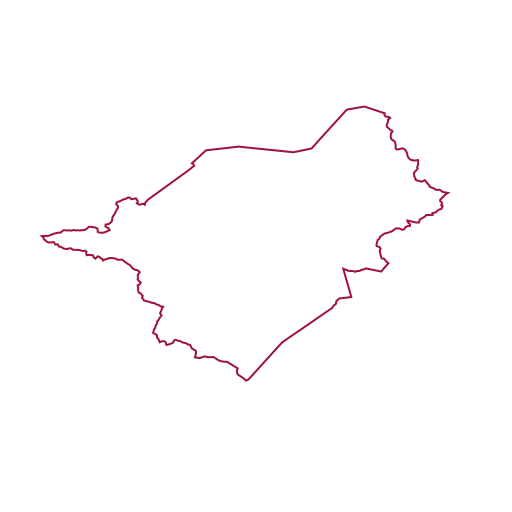 Serra Talhada, Pernambuco, Brazil, rotated 75°
{"feature_id": "56859067B63489137036469", "entity_name": "Serra Talhada", "entity_type": "district", "adm_level": 2, "iso_a3": "BRA", "parent_name": "Brazil", "parent_adm1": "Pernambuco", "projection": "equal_earth", "projection_center": [-38.379, -8.059], "detail": "fine", "context": "isolated", "style": "outline", "palette": "rose", "viewbox_px": 512, "rotation_deg": 75, "n_neighbors": 0, "source": "geoboundaries", "source_scale": "gbopen_adm2", "svg_char_len": 4296}
<svg xmlns="http://www.w3.org/2000/svg" viewBox="0 0 512 512"><g transform="rotate(75 256 256)"><path d="M205.3,74.7L204.8,78.4L203.3,81.4L202.3,82.4L200.7,83.2L199.4,83.6L197.6,83.7L195.8,83.4L192.0,84.4L189.9,86.5L189.9,89.6L189.6,92.5L188.0,93.3L185.3,92.4L181.4,92.3L178.4,94.9L176.5,95.2L174.8,94.8L173.1,94.2L172.0,93.4L171.3,92.0L170.1,92.2L169.3,93.4L167.5,94.5L165.0,96.1L163.4,96.0L161.7,94.7L159.8,93.3L158.5,93.3L157.4,90.7L156.2,91.6L154.8,94.7L152.9,95.5L151.5,94.7L139.7,112.6L139.5,115.1L139.0,120.6L138.3,128.3L138.2,130.6L142.1,136.6L149.6,148.3L152.5,152.8L161.7,167.1L162.7,168.6L166.5,174.5L165.5,192.9L159.1,209.7L152.0,228.5L145.9,244.3L142.0,270.1L141.0,276.9L149.9,293.9L151.3,292.6L152.8,292.4L155.6,298.6L173.7,346.0L176.2,349.5L177.7,350.2L176.3,351.4L176.4,354.9L175.5,356.3L174.2,357.5L173.2,356.2L171.8,356.0L170.5,356.7L169.2,357.0L169.1,360.2L168.8,361.7L167.0,362.8L166.4,364.4L167.0,366.9L167.0,369.6L167.5,371.2L168.2,376.9L170.0,377.6L171.2,376.8L172.6,376.4L174.1,377.1L175.0,378.4L177.4,380.5L178.5,381.2L180.1,383.3L182.1,385.1L183.3,385.2L185.6,386.7L186.9,389.6L186.9,391.2L186.7,393.1L188.4,393.8L190.0,392.5L191.4,391.0L193.2,390.7L193.9,395.9L193.9,397.9L193.0,400.9L191.8,402.6L190.5,402.4L188.5,402.1L187.0,403.6L185.7,406.6L184.9,408.2L184.6,409.9L186.2,413.1L186.5,415.8L185.9,417.7L185.8,419.4L185.2,420.9L184.6,423.5L183.6,425.7L183.8,427.4L182.7,430.4L182.3,432.4L181.6,434.2L181.4,435.7L182.8,438.5L182.4,440.2L182.1,445.8L182.4,447.3L182.8,451.5L182.4,453.3L181.7,455.6L181.4,457.7L183.1,456.4L185.0,456.6L186.4,455.3L188.3,454.2L189.2,452.9L189.7,451.0L190.3,447.6L192.9,447.0L193.5,444.4L196.1,443.7L196.6,442.1L199.2,439.6L199.7,438.2L200.5,436.6L200.2,434.8L200.8,432.6L202.5,431.3L204.5,425.0L206.3,422.2L206.6,419.9L207.9,418.6L209.7,419.4L211.4,419.3L211.7,417.1L212.3,415.3L213.1,413.3L215.1,413.2L217.0,411.8L216.1,410.2L215.3,409.1L216.5,407.4L218.3,406.3L219.3,405.0L220.8,404.9L220.3,403.0L220.3,400.7L220.1,398.0L220.7,395.4L222.5,391.7L223.7,391.0L224.3,388.5L224.9,386.2L228.1,383.8L230.1,382.2L231.8,380.4L233.2,379.6L235.2,378.7L236.5,378.0L238.1,376.2L239.1,374.2L240.0,373.3L241.6,372.5L243.6,375.0L246.5,375.7L248.1,376.4L249.7,375.6L251.9,374.2L253.2,375.6L253.8,378.0L255.8,378.0L257.6,378.6L259.7,378.8L261.1,378.7L262.1,377.2L263.6,376.5L265.2,375.7L266.7,376.9L268.4,376.3L270.0,375.6L271.8,372.7L272.7,370.8L274.2,368.8L275.3,366.2L276.8,365.0L278.2,362.6L279.8,361.3L281.0,358.9L282.1,360.1L284.3,361.7L286.6,363.5L288.8,362.6L291.2,365.4L292.7,366.9L293.7,368.5L295.5,369.0L297.4,371.0L299.7,372.3L300.5,373.5L303.7,375.3L306.8,372.1L309.0,372.8L310.6,371.8L314.4,371.3L314.0,368.7L314.7,366.3L316.4,365.4L317.9,365.8L318.9,365.3L318.6,360.1L318.1,358.4L316.5,357.2L316.1,355.2L317.5,353.5L318.7,351.1L320.4,349.5L322.1,346.2L324.1,344.3L324.7,342.7L328.9,341.8L331.2,339.3L332.3,338.6L334.8,339.3L338.1,341.2L339.0,339.1L340.0,337.3L339.7,331.4L341.4,328.5L342.6,323.2L347.4,318.8L349.2,315.8L350.8,311.3L359.8,302.8L362.0,304.3L365.5,304.4L371.6,299.2L373.8,297.8L373.3,295.2L359.6,273.9L349.5,258.3L346.2,253.0L343.7,246.1L339.6,234.6L338.8,232.1L328.6,203.6L325.8,195.7L324.5,194.5L323.7,193.3L323.3,191.7L322.2,190.8L320.4,190.1L318.6,186.7L320.3,174.6L316.8,174.6L298.5,174.9L290.9,175.0L294.3,170.4L295.9,165.7L297.0,164.2L296.6,162.3L297.3,159.9L296.6,158.0L296.9,156.3L296.4,153.1L303.4,139.1L297.2,129.9L294.9,131.7L291.9,132.9L290.8,135.2L288.2,135.4L283.2,135.2L280.9,133.7L279.4,134.4L277.7,136.7L276.4,136.9L274.1,135.4L272.1,134.5L271.5,132.7L270.4,131.8L269.4,131.1L267.6,126.3L267.6,121.3L267.4,119.2L267.1,117.6L265.7,114.4L265.7,112.8L266.7,110.2L268.7,107.7L268.4,105.8L266.8,104.0L266.3,101.9L266.7,99.5L265.4,98.9L262.6,100.6L260.9,100.5L264.5,93.9L265.2,92.3L265.9,90.0L263.2,88.4L262.6,86.3L261.7,82.7L260.5,81.1L262.0,74.7L260.2,74.5L260.2,72.7L260.4,70.9L259.4,69.6L258.5,67.4L258.6,65.0L257.4,63.8L256.3,62.8L254.8,64.0L253.8,62.6L251.9,62.9L250.6,63.9L249.2,63.4L247.4,60.3L246.9,58.9L246.0,58.0L244.7,54.3L242.3,59.2L240.3,60.7L239.4,61.9L238.6,65.3L237.0,66.4L235.6,68.2L234.5,70.0L232.1,70.7L226.4,73.4L227.1,76.6L225.1,80.3L223.7,82.2L222.3,81.9L220.1,82.5L216.6,81.9L213.5,77.2L211.8,77.3L210.0,75.9L207.9,75.2L205.3,74.7Z" fill="none" stroke="#9f1239" stroke-width="2"/></g></svg>